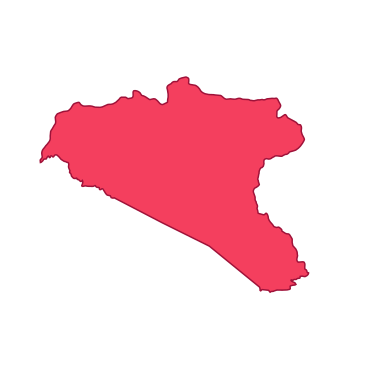 San Jose del Potrero, Comayagua, Honduras, rotated 336°
{"feature_id": "27666195B91463241716660", "entity_name": "San Jose del Potrero", "entity_type": "district", "adm_level": 2, "iso_a3": "HND", "parent_name": "Honduras", "parent_adm1": "Comayagua", "projection": "mercator", "projection_center": [-87.296, 14.845], "detail": "fine", "context": "isolated", "style": "filled", "palette": "rose", "viewbox_px": 384, "rotation_deg": 336, "n_neighbors": 0, "source": "geoboundaries", "source_scale": "gbopen_adm2", "svg_char_len": 5922}
<svg xmlns="http://www.w3.org/2000/svg" viewBox="0 0 384 384"><g transform="rotate(336 192 192)"><path d="M265.5,313.3L265.2,313.3L264.7,312.4L264.6,311.9L264.8,310.6L264.7,309.7L263.9,308.4L263.8,308.0L264.6,306.2L265.5,304.5L265.9,303.3L265.9,301.9L265.5,301.3L264.5,300.7L260.5,299.3L260.2,298.6L260.0,297.6L260.1,296.9L260.3,296.3L261.1,295.0L262.5,293.2L262.8,292.0L263.6,289.6L263.7,288.0L263.6,286.2L262.3,282.0L263.0,278.8L264.2,276.2L264.4,275.5L264.3,274.4L263.8,270.9L263.5,270.1L263.0,269.5L261.7,268.8L260.6,267.9L258.5,264.7L258.3,264.4L258.6,263.1L258.5,262.4L258.0,261.1L257.1,259.6L256.8,259.3L254.6,258.7L252.8,257.0L252.3,254.4L251.3,251.2L251.0,249.5L251.0,247.2L251.5,245.7L251.7,244.4L251.7,242.9L251.4,241.9L251.1,241.6L250.8,241.5L248.9,242.1L248.1,241.9L244.5,239.0L243.8,238.2L244.4,235.9L244.7,233.6L245.0,233.0L245.8,232.1L246.2,231.2L246.3,229.9L246.2,228.6L246.6,226.8L246.4,226.0L246.5,225.0L246.7,224.1L247.2,223.2L247.6,222.1L248.0,217.2L248.3,216.3L248.8,215.5L249.4,214.9L250.2,214.3L251.3,213.9L252.7,213.9L255.0,213.4L255.7,213.1L256.5,212.6L256.6,212.0L256.8,209.9L257.2,208.4L257.2,207.2L257.8,206.2L258.6,205.3L260.2,202.9L260.7,202.4L261.7,200.5L263.0,199.1L263.9,198.4L265.2,197.9L265.7,198.1L266.0,198.1L267.7,197.4L269.2,195.5L269.8,193.8L270.5,192.5L270.9,192.1L271.4,191.8L272.4,191.6L273.6,191.8L275.4,193.1L276.7,193.5L277.9,193.5L279.4,193.2L281.4,193.1L282.5,192.9L283.1,193.0L284.3,193.5L287.7,195.5L288.6,195.9L290.2,195.7L292.2,195.6L292.8,195.7L293.6,196.0L294.3,196.1L296.0,195.8L297.2,195.1L297.6,195.1L301.5,195.7L303.8,195.9L306.7,195.3L308.4,194.7L309.8,194.1L312.6,192.5L314.7,191.0L315.8,190.0L316.1,189.5L316.2,188.6L316.2,187.3L316.0,184.8L316.1,183.2L316.5,180.8L318.0,178.2L318.4,177.1L318.5,176.2L318.4,174.8L316.3,173.4L315.6,171.1L315.3,170.5L309.8,163.3L309.5,162.4L309.2,160.1L308.9,159.4L308.4,159.2L308.0,159.1L303.8,159.9L303.1,159.9L301.8,159.7L301.0,159.5L300.7,159.3L300.3,158.7L300.1,157.9L300.1,157.6L300.3,157.1L301.2,155.4L302.4,152.8L303.4,152.1L305.1,151.6L306.5,150.8L307.5,150.0L308.1,149.2L308.3,148.1L308.0,144.4L308.0,142.7L307.8,141.7L307.5,140.9L307.0,140.5L305.4,140.1L303.2,139.0L298.7,137.5L298.3,137.4L296.7,137.4L295.5,137.2L294.5,136.7L293.7,136.0L291.3,135.4L290.5,135.0L289.5,134.6L285.8,133.9L284.1,132.9L283.2,132.3L282.5,132.0L281.6,130.8L281.0,130.4L276.2,128.0L275.6,127.5L274.7,126.6L273.9,125.9L272.4,125.3L271.1,125.1L270.0,125.0L269.0,124.7L267.5,124.0L265.0,122.5L261.3,121.3L260.9,121.1L259.7,119.8L258.1,116.5L257.7,115.8L257.3,115.4L252.5,112.7L251.1,111.8L247.0,109.8L243.8,107.5L242.5,106.0L241.9,105.1L241.4,104.1L241.1,103.2L240.8,101.0L240.4,99.5L240.0,98.3L239.0,96.6L238.3,95.8L234.1,93.0L233.6,92.5L233.3,92.0L233.1,91.5L233.2,91.1L234.3,89.1L235.0,87.5L235.0,87.0L234.9,86.4L234.5,85.8L233.5,84.7L232.9,84.4L228.8,83.6L226.9,83.5L226.0,83.6L224.1,84.8L223.2,85.0L220.5,83.8L219.5,83.7L218.4,83.9L217.1,84.5L214.1,84.8L212.9,85.2L212.2,85.7L211.6,86.5L211.3,87.4L211.2,88.5L210.6,90.7L210.0,92.9L208.8,95.6L207.3,97.8L206.3,99.7L206.1,100.0L205.5,100.1L201.1,100.2L200.4,100.0L199.9,99.7L199.2,99.0L198.6,98.0L197.6,94.8L196.9,93.3L196.3,92.2L195.7,91.7L194.8,91.2L191.3,90.5L190.7,90.1L188.3,86.3L186.9,84.6L185.9,83.8L185.3,83.2L184.8,80.0L183.9,78.5L182.9,77.4L181.7,76.5L180.6,76.0L179.8,75.9L179.2,76.3L178.7,77.0L177.5,79.9L177.0,80.7L176.3,81.3L175.2,81.6L171.6,80.7L171.2,80.4L170.4,79.0L169.8,78.4L166.0,76.7L165.4,76.7L164.7,76.8L163.0,77.7L158.9,79.1L156.5,79.3L155.3,79.3L154.4,79.1L153.5,78.9L152.2,78.3L150.6,77.8L147.7,77.8L144.7,77.8L142.5,77.3L138.0,75.1L135.5,72.9L134.2,72.1L133.0,71.5L129.3,70.1L127.9,69.4L127.0,68.5L126.0,67.0L125.5,64.8L125.4,64.4L124.9,64.0L123.8,63.7L121.1,63.4L119.6,63.5L118.3,64.2L115.4,66.2L113.6,67.0L112.0,67.4L110.9,67.3L107.5,66.2L104.1,65.9L100.9,65.8L100.0,66.2L98.9,66.9L97.8,67.8L97.4,68.3L96.0,72.5L95.1,73.9L92.9,75.3L90.2,77.3L88.6,78.3L87.5,79.2L85.3,83.1L84.2,85.7L83.3,86.9L82.2,87.8L79.1,89.5L77.2,90.3L75.5,91.3L73.5,92.3L72.3,93.1L71.3,94.2L70.6,95.3L70.3,96.1L69.4,99.3L68.9,99.7L66.4,101.0L66.1,101.6L65.5,103.4L66.1,103.5L67.0,103.3L68.4,102.8L69.6,102.0L70.3,101.8L72.3,102.5L74.0,101.2L75.2,100.7L75.4,100.9L75.8,102.6L76.0,102.7L76.5,102.7L76.5,102.2L76.8,101.9L77.3,101.7L77.8,101.7L78.4,101.9L79.1,103.3L79.4,103.5L79.8,103.5L81.4,102.6L82.0,102.5L82.9,102.7L83.7,103.4L84.7,105.6L85.7,109.0L87.7,112.0L88.9,112.9L90.0,114.2L90.6,114.5L90.9,115.0L90.9,115.7L90.7,116.5L89.4,118.8L89.2,119.8L89.1,122.8L88.9,123.2L88.3,123.9L88.1,124.4L88.1,124.7L88.5,125.3L88.7,126.5L88.7,127.2L88.4,128.0L88.4,128.5L89.0,130.5L89.6,131.5L90.8,132.2L92.0,132.3L92.3,132.5L92.4,132.9L92.3,133.5L92.3,133.8L92.6,134.1L93.2,134.3L93.5,134.7L94.0,136.1L94.6,137.1L95.0,137.3L95.9,137.1L96.5,136.8L96.6,137.7L96.0,139.0L95.3,139.9L94.3,140.9L93.9,141.3L93.8,141.7L94.0,142.0L94.6,142.5L96.3,142.8L97.5,143.2L98.5,144.0L99.6,144.6L103.8,146.6L104.9,146.7L105.8,146.6L106.1,146.7L106.3,146.9L106.4,147.9L106.8,148.7L107.3,149.2L108.4,149.8L109.0,150.3L108.9,150.8L108.6,151.7L108.8,152.3L109.6,152.7L110.8,152.4L111.3,152.5L111.7,152.8L111.9,153.5L112.5,158.0L112.9,159.6L113.2,160.1L113.5,160.5L115.8,162.2L115.9,164.3L117.1,165.3L117.8,165.6L118.5,165.6L152.2,207.9L185.8,248.5L215.0,306.3L214.9,307.5L214.7,308.4L214.7,308.8L214.4,309.0L214.2,309.3L214.3,309.8L214.5,310.2L214.8,310.2L215.9,309.7L216.4,309.7L221.6,312.7L222.0,313.1L222.6,315.3L223.8,315.1L225.8,315.8L226.9,315.8L229.7,316.1L234.7,318.4L239.0,320.1L241.4,320.6L241.9,320.6L242.4,320.3L243.2,318.2L243.7,317.8L245.9,318.1L248.1,318.8L248.9,318.8L249.4,318.7L249.1,316.9L248.9,316.8L248.7,316.3L247.1,314.6L246.6,313.7L246.5,313.0L246.8,312.7L247.5,313.0L248.4,313.7L249.6,313.4L251.4,314.2L253.2,313.9L255.3,314.5L255.8,314.3L256.5,313.1L258.3,313.6L260.3,315.0L261.2,315.3L263.1,315.1L264.4,314.6L265.3,313.8L265.5,313.3Z" fill="#f43f5e" stroke="#9f1239" stroke-width="1.5"/></g></svg>